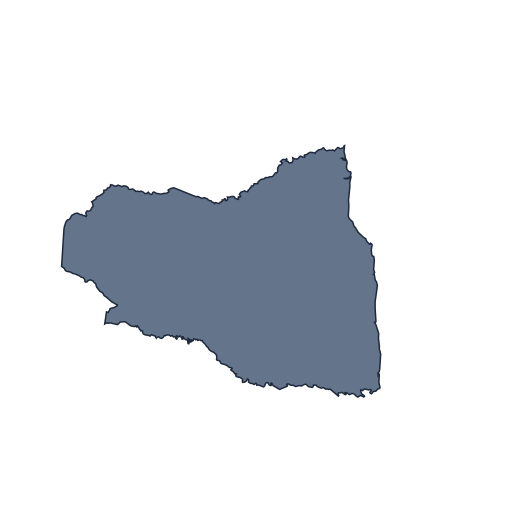 outline of San Carlos, Panama, rotated 304°
{"feature_id": "35544464B52564118130817", "entity_name": "San Carlos", "entity_type": "district", "adm_level": 2, "iso_a3": "PAN", "parent_name": "Panama", "parent_adm1": "", "projection": "natural_earth1", "projection_center": [-80.034, 8.53], "detail": "fine", "context": "isolated", "style": "filled", "palette": "slate", "viewbox_px": 512, "rotation_deg": 304, "n_neighbors": 0, "source": "geoboundaries", "source_scale": "gbopen_adm2", "svg_char_len": 6121}
<svg xmlns="http://www.w3.org/2000/svg" viewBox="0 0 512 512"><g transform="rotate(304 256 256)"><path d="M213.9,431.4L215.3,432.6L216.4,432.3L219.9,428.6L226.3,424.7L227.2,423.7L227.2,423.0L225.1,424.4L224.8,424.3L227.1,422.6L229.0,422.8L231.3,421.9L244.4,414.2L248.0,410.1L250.0,408.9L256.3,403.5L260.3,401.1L266.3,393.6L267.4,390.7L267.5,392.0L268.6,392.2L279.0,384.2L284.6,380.4L299.3,373.2L302.0,370.3L302.6,368.4L306.7,364.5L307.0,364.0L306.7,363.6L308.6,363.6L310.7,361.0L318.6,356.5L321.5,353.9L321.1,352.3L322.1,350.9L325.8,348.0L330.1,346.1L330.6,345.4L330.7,343.9L329.3,343.8L329.2,343.4L329.6,343.1L329.6,341.4L330.3,339.2L331.7,337.3L331.6,334.1L332.9,327.1L335.1,322.7L335.5,320.6L338.4,316.9L338.9,312.9L340.3,310.5L349.4,305.0L354.1,301.4L365.9,295.1L369.3,292.7L374.8,290.5L374.8,289.8L373.8,290.3L372.5,290.2L370.1,287.2L369.4,285.1L370.2,286.7L372.8,289.4L375.7,289.4L377.7,288.5L378.6,287.5L378.5,286.8L377.9,286.5L377.9,285.5L378.7,282.8L380.7,281.0L384.2,279.4L385.8,277.8L386.3,276.7L386.0,276.4L385.2,276.6L384.5,274.2L385.1,273.6L384.9,272.4L385.6,272.9L385.5,274.6L386.9,275.7L391.8,270.6L397.0,267.7L396.3,267.4L394.7,267.9L392.6,266.4L392.0,265.4L392.0,263.8L391.5,263.0L387.0,262.3L386.9,260.2L385.6,259.3L384.6,257.4L382.8,255.9L382.7,253.7L383.5,251.7L383.2,251.2L381.1,250.5L378.8,248.5L375.7,247.5L374.2,247.7L374.0,246.2L372.3,243.0L370.4,241.9L368.7,241.5L366.8,239.7L366.1,239.9L365.6,241.0L364.7,240.8L364.2,239.6L363.8,237.1L362.9,236.6L360.3,236.4L359.5,235.9L358.3,234.2L357.9,231.5L356.2,233.2L353.5,233.6L351.6,231.3L352.3,229.4L351.5,228.0L353.4,227.6L353.7,227.0L352.3,226.5L351.5,224.8L350.5,224.0L348.0,223.5L347.9,226.0L345.6,225.7L344.4,224.5L342.4,224.6L341.0,224.8L337.8,226.9L336.4,226.5L335.8,225.6L331.6,225.4L330.7,224.9L329.1,222.8L327.8,222.2L326.3,220.0L324.1,219.4L322.5,217.4L318.9,216.3L317.0,216.9L314.8,214.0L312.6,214.5L311.4,213.0L310.2,213.5L309.0,213.1L307.2,213.2L306.1,212.7L304.7,213.2L304.0,212.2L303.6,210.1L300.4,207.8L297.8,207.7L297.2,209.6L296.7,209.9L295.9,209.7L295.7,208.7L295.1,208.3L293.1,209.7L292.1,206.4L292.9,205.1L292.7,204.0L291.6,202.4L289.8,200.9L288.9,199.3L287.6,200.7L285.7,200.8L284.9,199.7L286.2,198.8L286.0,198.0L284.0,197.6L283.6,196.6L282.2,197.4L280.6,196.3L278.8,196.1L277.6,192.5L276.2,192.2L276.6,191.1L276.2,188.8L276.6,187.7L276.1,187.1L275.8,184.6L276.2,184.0L275.7,181.4L275.2,180.3L273.5,178.9L272.8,174.4L271.6,173.1L266.6,149.7L264.7,147.9L261.8,146.3L261.4,146.3L260.5,148.0L258.0,146.8L256.4,144.6L254.3,142.8L252.1,138.1L252.2,136.3L251.7,135.3L250.9,134.9L249.1,135.2L248.4,134.8L248.1,132.8L248.7,131.1L247.9,130.6L246.9,130.6L245.7,129.2L245.9,126.6L245.6,124.6L244.0,123.1L243.7,121.7L242.3,120.3L242.6,119.2L242.6,116.3L240.9,114.6L240.2,113.2L241.3,111.4L241.3,109.3L240.0,106.9L238.6,106.1L237.6,102.0L235.9,101.0L234.8,99.7L234.7,97.7L233.8,95.6L232.4,96.3L230.0,95.7L229.4,94.9L227.3,95.1L225.3,93.1L223.8,94.3L222.2,94.2L218.3,92.5L215.9,90.9L214.9,90.8L214.0,91.5L209.0,89.5L208.5,90.8L206.2,93.2L204.4,92.8L201.3,93.4L199.5,92.2L199.0,90.8L197.2,90.6L196.3,90.9L194.7,93.0L193.7,93.1L193.5,91.1L192.8,89.8L192.9,88.2L192.0,87.0L191.8,84.3L191.4,83.5L189.7,82.1L186.5,80.5L182.2,80.9L180.1,79.4L177.9,79.4L173.2,80.7L170.8,81.8L138.6,100.7L138.6,103.7L137.5,106.0L137.3,107.4L138.9,110.9L139.1,113.8L140.1,116.4L140.3,118.4L140.8,119.4L140.7,122.8L141.4,125.0L140.7,127.3L139.3,128.3L139.0,129.1L139.9,130.3L141.9,130.7L143.5,131.9L144.2,134.8L143.5,136.6L143.4,138.6L141.0,141.4L139.5,146.2L139.6,149.8L138.2,152.3L138.3,154.4L137.3,162.3L137.9,168.5L137.3,168.8L134.4,167.5L130.9,164.5L126.7,165.2L126.1,163.3L115.0,168.6L116.9,169.5L117.9,171.6L118.9,172.3L121.7,179.6L125.5,180.5L128.4,184.4L128.0,190.1L128.3,192.1L129.4,194.5L130.6,195.3L130.3,196.4L131.5,196.4L131.9,196.9L131.1,197.4L131.2,198.7L130.0,200.6L130.1,201.7L129.5,202.4L130.1,202.8L130.3,204.0L129.3,204.7L128.4,206.3L128.7,208.5L129.2,208.9L129.5,210.4L130.2,211.5L130.3,212.9L132.4,213.4L132.8,215.8L133.4,216.7L132.1,219.3L133.3,219.3L134.5,220.3L134.4,222.3L134.9,223.9L136.5,224.5L138.7,224.5L139.0,225.3L139.8,225.5L141.7,227.6L141.9,230.2L143.2,230.9L142.7,232.9L144.1,233.9L143.8,234.6L142.8,235.5L142.7,236.7L143.2,236.9L145.6,235.1L145.9,235.7L145.6,237.1L147.4,237.8L146.8,239.4L148.3,241.0L148.0,241.4L146.5,240.7L145.7,240.9L145.8,241.4L147.3,242.4L147.4,244.4L148.0,246.3L145.4,248.6L145.4,249.0L145.9,249.4L146.4,248.8L147.7,249.3L147.8,248.5L148.4,248.5L149.3,246.3L149.7,246.0L149.3,249.0L148.6,250.2L149.1,250.5L150.2,249.7L150.2,250.8L150.8,251.3L152.2,250.6L153.0,251.7L152.7,252.8L153.9,253.7L153.4,254.9L155.2,256.2L155.0,257.8L155.9,259.0L155.0,259.8L154.5,263.2L153.4,265.6L153.3,267.4L152.2,269.5L152.0,271.9L152.5,275.1L152.0,278.3L149.8,280.4L148.4,280.9L147.8,281.9L148.8,284.2L147.4,287.2L148.6,291.0L149.0,293.2L148.7,296.1L149.3,297.1L149.6,298.9L149.1,299.2L147.9,298.7L147.4,299.1L147.3,302.2L146.5,304.4L147.3,305.8L145.8,305.9L145.0,307.0L146.4,310.9L146.5,313.0L145.9,314.1L144.2,314.9L143.8,315.7L145.0,317.1L147.1,317.9L149.0,317.7L149.4,317.9L149.1,319.1L147.3,320.3L147.3,322.6L148.0,323.6L148.5,326.3L150.5,327.1L150.4,327.7L149.3,328.8L150.6,330.4L151.5,335.2L152.8,335.9L155.8,335.2L156.9,335.6L157.6,336.5L156.5,339.1L156.7,340.5L157.3,340.9L158.7,339.6L159.5,340.1L158.1,342.6L158.6,350.2L165.5,354.7L166.2,354.6L166.4,353.3L167.4,353.3L168.2,354.8L168.2,356.8L169.6,359.3L170.0,361.9L172.8,364.3L173.7,366.5L175.8,367.4L177.6,368.9L177.1,372.6L178.4,376.0L179.4,376.4L181.2,375.9L182.5,377.8L182.1,379.8L182.4,382.3L183.0,384.0L184.6,385.5L184.6,388.4L185.4,389.1L186.2,391.3L187.1,391.8L185.9,402.6L186.7,402.6L187.7,401.0L188.6,400.8L189.7,402.5L191.0,403.5L190.9,407.1L191.2,407.9L192.1,407.9L192.5,406.4L193.2,406.9L193.4,411.1L195.4,412.2L196.2,413.3L196.5,415.3L195.9,416.9L196.0,419.3L198.9,420.7L199.4,424.1L200.3,424.5L200.7,423.9L200.8,420.8L202.8,418.0L203.9,417.8L204.0,419.7L206.6,420.3L207.8,424.1L209.5,425.8L209.0,426.7L206.6,426.6L206.2,427.4L206.2,428.6L207.6,429.1L209.2,428.9L210.8,430.9L213.9,431.4Z" fill="#64748b" stroke="#1e293b" stroke-width="1.5"/></g></svg>